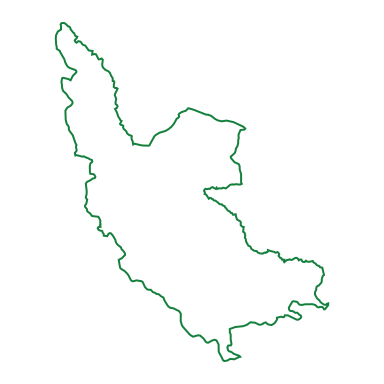 Sacramento, Minas Gerais, Brazil
{"feature_id": "56859067B64551468531764", "entity_name": "Sacramento", "entity_type": "district", "adm_level": 2, "iso_a3": "BRA", "parent_name": "Brazil", "parent_adm1": "Minas Gerais", "projection": "natural_earth1", "projection_center": [-47.253, -19.856], "detail": "fine", "context": "isolated", "style": "outline", "palette": "green", "viewbox_px": 384, "rotation_deg": 0, "n_neighbors": 0, "source": "geoboundaries", "source_scale": "gbopen_adm2", "svg_char_len": 5920}
<svg xmlns="http://www.w3.org/2000/svg" viewBox="0 0 384 384"><path d="M188.3,108.2L185.9,110.7L181.6,112.1L179.5,113.4L178.6,114.6L179.2,116.7L178.1,117.9L176.7,118.7L174.2,123.3L171.5,126.7L168.6,129.1L165.4,131.0L159.5,132.7L155.6,135.1L154.4,136.3L149.3,145.5L147.5,145.7L141.7,145.4L134.5,143.7L133.2,144.5L132.5,140.8L131.8,139.6L131.5,137.8L131.9,136.2L130.7,135.4L129.4,135.2L127.1,133.4L126.3,131.3L123.6,128.8L123.1,127.3L123.3,125.9L122.3,125.2L120.9,124.9L120.0,123.9L121.6,121.0L120.3,120.1L119.5,118.4L118.5,117.1L116.6,111.8L115.0,108.9L116.8,107.9L117.6,106.3L116.9,104.9L115.7,104.2L115.5,102.7L116.2,98.7L114.9,95.5L114.9,94.3L117.6,88.7L116.7,88.0L115.1,88.0L113.8,87.1L113.8,85.0L114.4,82.1L113.7,81.0L112.7,81.0L112.7,78.2L111.2,75.9L109.8,72.7L108.5,71.4L105.1,69.7L104.5,68.8L103.5,68.3L102.4,66.2L102.2,64.6L102.8,59.7L101.6,58.5L99.9,59.3L98.6,59.3L96.0,54.3L94.8,54.0L92.1,54.6L92.6,51.0L88.7,50.4L85.3,45.6L83.2,44.9L82.0,43.9L81.2,42.3L79.9,41.5L78.3,41.2L76.6,42.7L75.3,41.8L74.7,40.3L76.8,38.0L77.3,36.7L75.8,36.2L74.9,35.2L74.3,33.3L73.0,32.4L70.6,29.2L70.3,27.8L69.4,26.7L68.3,26.5L65.2,23.5L63.9,23.0L61.6,23.1L60.6,24.4L61.0,26.0L61.0,29.5L57.8,31.6L56.0,35.4L55.8,38.7L56.2,45.0L56.7,46.6L56.7,48.8L59.8,50.9L60.5,52.7L64.3,59.2L65.3,62.5L67.0,65.7L67.9,66.8L70.0,68.1L74.6,69.7L75.7,70.3L76.4,71.2L76.3,72.4L72.9,75.7L70.6,80.3L68.3,79.0L63.0,77.8L62.1,78.3L61.6,80.8L61.4,82.1L62.0,84.9L62.1,87.9L63.1,90.9L66.5,94.1L68.3,97.1L72.0,100.9L72.6,102.3L72.4,103.6L70.6,105.8L67.4,107.5L65.4,110.7L65.7,119.5L66.1,121.6L66.9,124.3L68.1,125.6L68.8,127.1L68.9,129.4L69.4,130.7L72.8,135.3L75.2,142.5L76.5,145.1L76.0,146.2L76.1,147.8L76.6,149.4L76.5,151.0L74.8,153.0L75.4,155.5L76.4,155.1L82.5,156.7L83.8,156.3L85.9,157.5L87.5,157.9L90.1,159.4L91.8,159.9L92.3,161.4L91.8,162.4L90.9,162.8L90.3,163.7L89.8,166.1L89.9,172.0L90.3,173.8L93.6,174.2L94.6,175.2L95.4,176.9L94.8,178.1L92.6,178.6L90.6,180.1L87.6,181.6L86.6,182.4L85.8,183.7L86.7,191.0L86.6,194.1L85.8,197.2L86.2,198.4L87.2,199.5L86.3,203.7L85.0,205.6L85.1,206.9L86.8,208.9L87.3,211.4L90.2,213.5L92.0,216.0L98.4,216.8L100.0,219.6L100.4,221.1L100.1,222.7L100.6,224.2L99.9,225.1L100.6,226.7L98.5,227.1L97.7,228.2L98.3,229.5L99.6,230.4L102.2,231.0L102.7,232.7L103.7,233.9L103.8,235.7L107.2,236.2L108.5,233.9L109.7,233.1L110.8,233.3L112.4,235.0L113.9,237.3L115.3,239.9L116.0,242.4L116.8,243.7L117.7,244.8L120.9,247.3L121.7,249.4L123.6,251.2L125.0,253.5L125.1,254.9L122.0,258.1L118.7,259.9L120.1,267.6L120.6,268.5L124.6,271.0L127.4,273.8L128.9,276.1L130.7,279.9L131.8,280.9L132.9,281.3L136.6,280.4L141.5,281.2L142.8,282.2L145.0,287.1L147.1,289.3L148.1,289.7L150.8,289.8L152.9,292.1L155.3,292.9L156.4,293.9L158.8,294.3L161.1,296.3L163.5,297.6L164.4,300.3L167.7,305.7L168.8,306.8L170.2,307.8L173.4,308.3L179.2,311.2L180.8,313.7L180.7,321.0L181.7,324.7L182.9,326.8L185.0,329.2L189.7,334.5L191.7,335.9L193.0,336.7L198.0,335.3L200.2,335.6L203.7,338.7L205.8,341.8L206.8,342.5L208.2,342.7L212.1,340.5L214.4,339.8L215.7,340.0L216.7,340.8L218.6,344.5L218.7,351.4L219.2,352.8L221.4,356.7L223.0,360.2L224.2,361.0L227.2,360.6L230.2,358.9L234.3,359.3L239.1,357.0L240.2,356.8L239.5,355.9L233.9,353.9L231.3,351.9L229.0,351.3L228.0,350.1L227.4,347.3L228.2,345.6L231.0,345.3L231.5,344.0L230.7,339.6L230.7,334.6L229.8,332.4L229.8,329.0L235.4,327.0L243.0,326.2L246.8,324.9L250.4,322.3L255.0,322.7L259.4,324.8L262.5,324.2L263.4,323.2L265.7,322.4L267.8,324.3L271.5,325.1L274.3,323.4L275.3,322.2L276.7,320.1L277.1,318.9L276.9,317.7L281.1,316.7L283.0,317.3L284.3,316.8L284.8,315.3L287.7,315.3L296.1,319.4L297.5,319.8L298.6,319.5L300.6,318.2L301.2,317.0L300.9,315.6L299.4,314.8L297.3,312.7L295.2,312.8L293.0,311.2L290.2,310.9L289.2,309.7L288.8,308.2L289.2,307.0L292.3,301.7L293.5,301.2L297.2,301.9L299.0,304.2L300.1,304.8L302.1,304.9L305.0,304.3L312.5,304.2L315.3,305.0L317.4,307.1L318.7,307.4L319.9,306.9L322.1,307.0L323.0,307.5L324.2,309.4L325.2,309.0L328.2,305.1L328.2,303.4L327.0,303.8L326.1,304.7L324.7,304.8L323.4,304.3L320.7,302.3L319.2,300.2L317.0,298.3L314.9,294.4L315.1,292.0L316.3,289.5L316.2,288.2L316.7,286.8L317.5,285.9L318.7,285.6L321.4,282.6L321.8,281.1L321.7,279.6L322.7,276.0L324.0,275.0L322.3,267.7L319.9,267.2L319.4,266.2L316.7,265.1L315.8,263.8L313.3,262.2L312.8,261.0L309.2,261.8L307.2,261.6L305.9,260.7L304.7,262.0L303.0,261.9L302.0,261.0L301.4,259.6L300.0,259.5L298.8,260.3L297.9,258.7L296.8,257.9L295.4,257.9L292.1,259.8L290.8,259.9L289.6,259.3L288.1,260.0L286.9,260.0L284.3,262.2L283.7,261.2L284.2,259.7L281.9,259.6L281.4,258.2L280.1,257.8L278.6,255.8L279.3,254.4L278.4,252.8L277.5,252.1L275.4,252.7L274.0,251.8L270.3,251.0L268.0,250.1L268.1,251.2L267.4,252.1L266.4,252.1L265.7,252.9L264.5,252.6L262.8,253.6L259.9,253.4L257.6,252.4L256.8,251.1L254.2,250.8L251.4,248.9L250.4,246.6L248.3,245.6L246.2,241.8L245.7,238.9L244.9,237.8L245.3,235.4L244.8,234.4L244.9,233.3L244.2,232.4L243.1,231.7L243.7,227.0L242.6,226.9L240.7,225.2L240.8,222.2L240.1,221.2L237.1,219.6L235.9,216.2L235.7,214.3L233.1,214.8L232.1,213.1L230.7,212.8L230.1,211.7L227.7,210.5L226.1,208.2L225.2,207.5L224.7,206.2L222.6,205.4L222.1,204.5L219.5,204.1L217.9,202.5L215.3,200.6L213.6,200.3L212.8,199.1L211.8,198.9L210.9,198.0L209.6,197.9L208.8,198.7L206.2,194.6L204.6,194.0L204.9,192.3L204.0,190.9L204.4,189.8L205.4,188.8L206.5,189.2L208.6,188.7L209.7,189.0L210.9,187.8L212.3,187.1L215.9,189.0L216.6,187.7L217.5,188.8L218.6,188.4L221.9,188.4L223.1,187.7L225.9,188.4L230.2,184.8L232.6,184.3L233.5,184.7L235.8,184.2L240.1,184.6L241.8,183.8L241.1,182.6L241.1,174.2L239.7,169.5L239.7,166.7L239.3,165.3L238.6,164.0L234.5,162.2L231.0,158.1L230.7,156.7L234.9,152.9L235.8,150.0L235.8,148.8L237.5,146.0L238.2,143.0L238.2,140.0L238.7,138.5L238.5,134.7L240.5,130.0L244.4,129.6L245.3,128.7L244.3,127.5L242.7,126.4L233.5,122.1L226.5,120.6L221.7,121.3L217.8,120.4L215.0,118.9L211.1,115.8L207.9,114.7L206.3,114.7L193.8,109.8L188.3,108.2Z" fill="none" stroke="#15803d" stroke-width="2"/></svg>